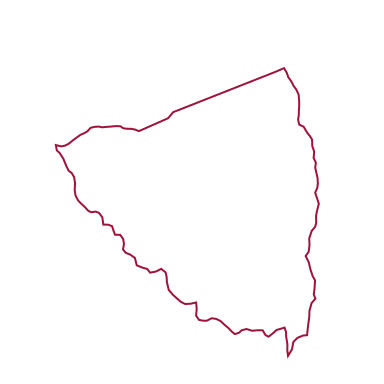 Suzanápolis, São Paulo, Brazil (Equal Earth projection), rotated 12°
{"feature_id": "56859067B46046114301924", "entity_name": "Suzanápolis", "entity_type": "district", "adm_level": 2, "iso_a3": "BRA", "parent_name": "Brazil", "parent_adm1": "São Paulo", "projection": "equal_earth", "projection_center": [-51.077, -20.469], "detail": "fine", "context": "isolated", "style": "outline", "palette": "rose", "viewbox_px": 384, "rotation_deg": 12, "n_neighbors": 0, "source": "geoboundaries", "source_scale": "gbopen_adm2", "svg_char_len": 2006}
<svg xmlns="http://www.w3.org/2000/svg" viewBox="0 0 384 384"><g transform="rotate(12 192 192)"><path d="M307.1,137.6L303.9,133.4L303.1,127.0L300.2,122.3L298.5,115.7L295.7,112.8L292.6,110.3L287.6,104.9L282.9,103.8L280.7,99.1L280.5,94.7L279.7,90.7L279.0,85.7L278.0,81.2L276.1,74.7L272.8,70.2L269.4,67.2L266.1,63.1L262.4,59.8L260.0,55.8L256.3,51.7L247.6,57.8L157.0,117.8L155.2,121.2L153.3,124.8L127.4,143.5L123.7,142.8L119.7,142.8L115.0,143.7L111.4,143.9L108.4,142.6L104.0,143.3L99.3,144.8L94.7,146.1L90.7,147.4L87.2,147.4L83.2,148.5L79.5,150.3L77.0,154.5L74.4,156.8L71.0,159.3L67.7,162.9L64.5,166.5L61.5,170.3L58.2,173.0L54.6,174.6L49.1,174.4L51.1,179.4L54.5,181.4L59.3,186.3L64.0,193.2L67.0,196.9L70.2,198.3L73.6,201.9L75.8,207.8L76.8,214.3L78.8,219.7L82.4,224.0L85.2,225.9L90.6,229.2L94.3,231.9L97.5,232.8L101.9,231.2L105.4,231.8L109.6,235.5L112.0,242.3L117.0,241.4L121.0,242.1L123.2,246.1L125.6,249.8L130.6,248.8L134.4,252.2L136.2,256.7L136.5,262.6L140.0,265.3L144.4,266.0L149.9,268.4L153.2,275.2L159.3,276.3L164.2,276.6L167.8,279.6L173.3,277.3L177.8,273.6L182.9,276.1L184.8,280.2L186.2,285.4L189.6,292.6L194.5,296.4L199.5,299.3L204.0,301.8L208.7,303.0L214.3,301.4L219.0,299.2L220.9,305.4L221.7,312.0L225.4,315.6L229.2,315.6L233.1,314.9L237.5,311.4L242.0,311.1L246.8,312.3L251.2,315.0L256.1,317.6L260.0,320.3L263.5,322.1L267.2,319.9L269.4,316.9L273.8,314.7L279.8,315.2L284.9,313.6L289.9,312.6L293.7,316.7L297.0,317.6L300.5,313.4L303.5,309.3L306.6,307.7L310.7,305.4L313.1,309.5L314.1,313.7L317.0,321.2L318.1,326.9L320.0,332.3L322.5,325.1L322.3,317.6L325.5,312.7L330.5,309.3L334.3,308.1L333.6,301.6L333.2,296.6L332.6,289.2L331.6,284.0L332.1,275.7L334.9,270.7L332.4,266.9L332.1,262.4L331.4,257.4L330.7,252.8L327.6,249.3L323.9,243.0L320.8,236.4L316.5,231.0L318.5,226.3L318.0,219.7L316.3,212.8L317.2,205.1L319.7,200.4L319.9,196.2L318.3,189.6L318.2,184.4L318.5,177.1L316.0,172.8L312.6,167.0L313.7,162.0L313.3,157.5L312.0,152.5L307.4,142.4L307.1,137.6Z" fill="none" stroke="#9f1239" stroke-width="2"/></g></svg>